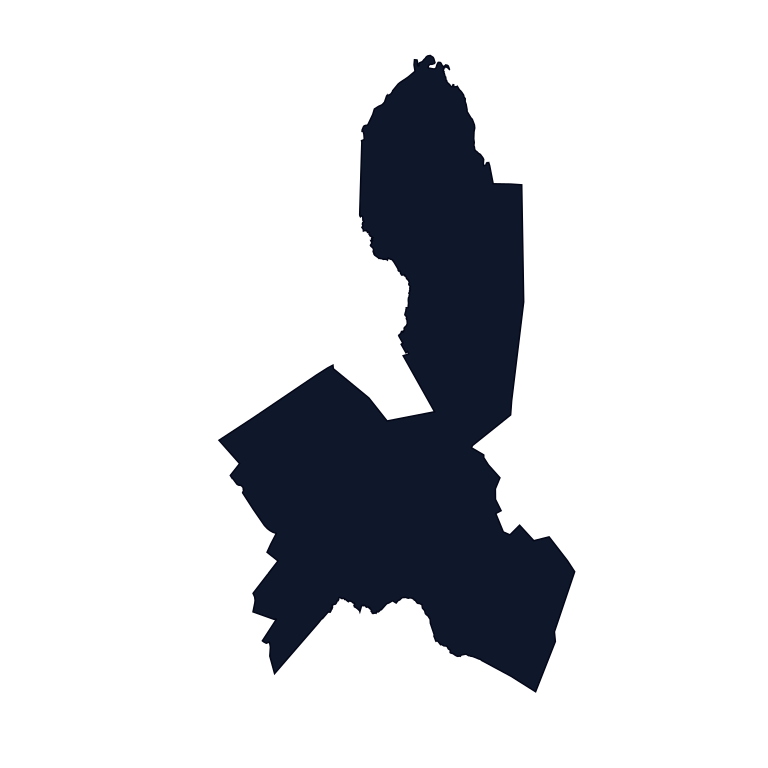 outline of Twenterand, Overijssel, Netherlands, rotated 84°
{"feature_id": "6326949B38031413121416", "entity_name": "Twenterand", "entity_type": "district", "adm_level": 2, "iso_a3": "NLD", "parent_name": "Netherlands", "parent_adm1": "Overijssel", "projection": "natural_earth1", "projection_center": [6.573, 52.439], "detail": "fine", "context": "isolated", "style": "filled", "palette": "ink", "viewbox_px": 768, "rotation_deg": 84, "n_neighbors": 0, "source": "geoboundaries", "source_scale": "gbopen_adm2", "svg_char_len": 6078}
<svg xmlns="http://www.w3.org/2000/svg" viewBox="0 0 768 768"><g transform="rotate(84 384 384)"><path d="M660.6,523.1L614.3,473.7L611.6,471.1L610.4,469.7L610.7,469.5L605.1,463.6L605.0,462.7L605.3,461.4L603.8,460.3L601.8,460.0L602.3,459.3L601.8,459.0L601.0,459.1L600.6,458.5L598.6,458.7L598.6,458.2L597.9,456.9L598.0,455.8L597.5,454.9L596.2,453.9L595.0,453.5L594.9,452.6L593.8,451.7L592.0,451.4L591.6,451.0L591.9,449.8L592.9,448.6L593.1,446.9L592.8,446.3L593.4,445.6L594.2,445.6L594.6,444.1L595.4,443.7L596.8,442.2L596.0,440.8L597.1,438.8L598.6,437.5L598.4,436.6L599.6,436.1L599.8,436.5L601.0,436.6L601.3,437.0L601.9,436.7L602.5,436.7L603.4,435.3L604.7,433.9L606.9,432.0L607.9,431.8L602.4,429.6L601.9,428.7L602.4,427.9L601.8,427.0L602.4,426.6L602.4,425.8L604.0,425.0L604.2,424.5L604.0,423.9L604.2,423.3L604.0,423.0L604.7,422.6L604.5,422.0L604.6,421.6L605.0,421.5L605.8,421.8L606.3,421.1L607.3,420.2L608.8,420.5L609.0,420.0L610.5,419.7L611.1,419.0L610.9,417.2L610.6,416.8L611.2,415.9L609.7,414.9L610.0,414.8L609.8,414.3L610.1,413.7L609.7,412.8L608.0,410.8L608.2,410.2L602.8,404.3L602.2,401.9L600.7,398.7L600.6,398.0L603.1,394.8L601.1,392.9L600.5,391.8L600.5,391.1L598.6,388.7L598.3,387.5L598.5,386.5L598.4,385.0L599.6,382.3L599.4,381.0L599.5,379.7L599.9,378.6L600.4,378.1L600.3,377.4L602.1,376.4L602.3,375.6L605.1,374.0L605.7,373.2L606.1,371.4L607.5,369.3L610.9,369.2L613.6,367.3L616.7,366.8L617.8,366.0L619.2,364.5L622.9,362.7L626.8,362.9L638.4,360.3L640.4,360.7L641.2,360.3L644.9,359.4L645.3,359.2L644.8,358.1L645.9,357.0L649.2,355.0L649.1,353.8L650.6,352.0L651.1,349.6L651.6,348.7L654.2,347.7L655.7,345.9L658.0,346.3L658.4,345.9L659.4,343.5L661.1,341.6L662.2,340.0L662.6,339.0L662.4,337.6L662.8,336.6L661.6,335.5L661.2,330.6L663.0,328.3L663.2,327.1L663.7,326.3L664.2,324.4L665.7,321.4L667.6,318.0L667.6,317.2L669.2,315.7L687.8,288.4L705.9,265.4L658.0,240.5L648.2,240.4L590.6,214.0L578.9,220.0L553.3,235.8L555.5,251.4L538.6,263.9L547.2,274.5L543.6,280.8L524.5,286.4L522.2,280.8L510.4,285.2L499.9,284.2L489.4,278.5L475.4,288.6L467.6,292.5L465.0,292.2L456.5,303.7L454.4,302.4L428.0,261.3L414.0,258.8L317.0,236.5L200.3,226.2L198.4,237.2L196.3,254.5L177.8,256.1L174.9,256.7L175.3,257.2L174.7,257.7L174.6,258.4L175.2,259.1L176.8,259.7L177.4,261.7L177.2,262.0L175.4,262.2L171.1,261.4L169.4,262.0L165.7,264.2L164.6,265.8L162.6,267.4L161.6,268.6L160.1,269.3L157.8,269.3L156.1,269.7L153.3,269.0L149.5,269.1L142.5,268.1L138.9,267.0L135.8,267.0L130.0,268.5L128.3,269.8L121.6,272.9L119.9,272.7L114.4,273.1L111.5,273.8L108.7,273.4L106.8,274.5L105.0,274.6L102.1,276.1L100.3,277.3L99.4,278.2L95.6,280.0L95.8,280.3L95.9,283.2L95.5,283.5L93.7,283.4L93.5,284.0L95.5,285.3L95.6,285.6L95.4,286.1L94.8,286.6L93.0,287.5L91.4,289.0L89.7,290.0L88.8,290.0L88.7,290.5L85.1,290.6L84.7,291.1L81.1,291.6L80.4,292.2L79.8,291.7L79.3,292.4L78.3,292.3L77.9,291.8L76.0,291.9L76.0,290.7L75.1,290.1L75.1,289.2L76.1,287.6L78.0,286.1L77.9,286.0L75.6,286.5L74.2,287.0L73.4,288.1L73.4,288.7L73.1,289.2L74.4,290.9L74.5,291.6L73.4,292.8L70.8,293.8L70.1,294.5L69.8,296.2L69.9,296.6L72.3,298.1L74.9,299.1L75.7,300.1L75.9,300.8L75.9,301.5L74.5,306.4L74.1,306.9L73.7,307.0L72.4,306.6L71.4,305.8L70.8,304.2L71.1,303.1L70.7,301.1L70.5,300.4L69.7,299.7L65.5,300.5L64.3,301.0L62.1,303.7L62.3,306.2L62.7,307.1L63.5,308.2L64.4,308.8L65.6,310.4L67.4,312.1L68.3,315.0L69.3,315.7L71.2,316.0L71.5,316.3L71.2,317.0L70.4,317.3L69.3,317.3L68.4,316.9L65.2,317.3L64.7,319.8L69.8,320.8L75.7,320.5L76.4,320.7L81.5,328.3L85.8,336.5L87.1,338.5L93.2,344.7L94.2,345.1L96.0,346.6L96.9,348.1L97.1,349.1L97.6,350.6L98.1,351.1L97.5,351.0L97.8,351.3L103.7,354.0L105.6,356.1L106.2,357.0L107.3,360.4L109.5,364.8L114.7,367.0L124.4,372.9L124.9,373.9L124.9,375.5L125.2,376.7L125.8,377.4L127.2,378.2L129.1,379.2L130.4,379.4L130.4,378.4L133.3,377.9L137.8,378.0L139.0,378.4L139.6,380.9L141.3,380.8L213.2,390.5L214.3,390.4L215.2,390.0L214.5,389.2L214.4,388.6L215.5,387.9L216.2,387.7L219.0,387.9L220.1,387.0L220.8,387.1L221.1,388.2L222.7,388.8L224.5,388.4L225.9,389.6L227.9,388.5L229.7,388.5L229.4,387.5L229.7,385.7L229.5,385.3L231.5,384.5L231.2,383.3L231.8,382.8L233.3,383.3L234.5,382.6L235.3,382.4L235.9,381.3L237.4,379.7L237.7,380.0L237.5,380.5L237.8,381.1L238.8,381.0L239.5,380.4L240.3,380.4L240.3,380.7L239.8,381.4L239.8,382.2L242.5,381.3L244.6,383.0L245.6,382.6L247.1,381.2L248.4,380.4L250.2,380.5L250.5,380.8L251.3,381.0L252.7,380.4L253.3,380.5L253.2,379.8L253.4,379.7L254.0,380.0L254.8,379.9L257.8,376.5L258.6,375.9L258.5,375.1L258.9,374.3L259.2,372.8L260.0,371.7L259.9,371.0L260.1,369.6L260.7,368.0L261.1,367.6L259.1,366.7L260.4,364.8L261.2,362.9L264.1,361.2L269.7,358.6L271.3,358.0L272.5,358.0L273.2,357.6L273.6,356.2L275.8,355.9L277.5,355.1L277.6,353.5L277.3,352.7L277.5,352.1L278.6,352.2L278.8,351.4L280.0,350.8L281.5,350.5L283.9,348.6L285.0,348.5L285.8,348.1L286.8,348.8L287.7,348.9L288.6,348.5L289.9,347.6L291.3,348.4L291.9,348.2L292.7,348.4L293.2,348.1L293.8,348.8L294.8,348.8L296.3,349.8L297.4,349.2L299.0,349.8L299.7,349.7L300.3,350.4L301.0,350.7L303.1,351.1L306.4,351.2L308.6,351.7L309.6,351.7L310.4,352.1L310.5,353.8L310.8,353.7L311.9,354.3L313.5,354.6L317.1,356.0L317.9,355.8L319.1,354.8L319.9,354.5L321.4,355.0L322.8,354.4L326.3,354.5L328.2,355.5L330.0,357.8L330.7,358.2L331.6,358.0L334.4,359.4L334.6,359.7L334.5,360.1L333.5,360.3L333.6,361.1L335.6,362.1L337.1,364.3L338.0,363.9L338.2,364.1L345.3,361.0L346.3,362.8L355.3,358.9L354.1,357.2L356.6,356.2L356.8,356.3L357.9,362.0L416.9,336.6L421.1,384.8L396.3,400.5L363.5,432.8L359.9,432.8L362.2,438.5L367.9,450.0L403.7,517.1L422.7,554.0L448.1,535.9L458.9,546.4L461.9,544.9L461.7,544.6L468.3,540.7L469.3,539.4L470.0,536.6L472.0,535.1L473.2,534.6L473.7,535.1L474.7,534.6L477.4,536.0L494.8,527.2L512.2,517.7L515.6,515.1L517.8,512.8L519.8,510.0L521.3,506.7L531.5,513.4L539.1,517.9L548.9,507.9L560.1,518.6L560.7,518.9L561.4,519.8L578.5,536.1L582.2,534.9L585.6,534.8L588.0,535.3L596.9,538.1L606.3,518.5L606.7,517.3L606.4,516.1L607.0,515.8L626.7,531.8L627.8,530.7L629.5,528.2L628.7,525.1L630.6,524.7L633.8,524.5L642.7,526.0L660.6,523.1Z" fill="#0f172a" stroke="#020617" stroke-width="1.5"/></g></svg>